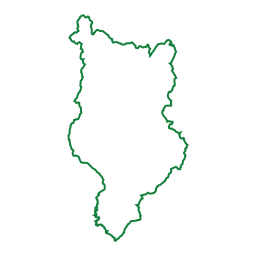 Bagua, Amazonas, Peru
{"feature_id": "86281439B42703841252030", "entity_name": "Bagua", "entity_type": "district", "adm_level": 2, "iso_a3": "PER", "parent_name": "Peru", "parent_adm1": "Amazonas", "projection": "orthographic", "projection_center": [-78.445, -5.117], "detail": "fine", "context": "isolated", "style": "outline", "palette": "green", "viewbox_px": 256, "rotation_deg": 0, "n_neighbors": 0, "source": "geoboundaries", "source_scale": "gbopen_adm2", "svg_char_len": 5695}
<svg xmlns="http://www.w3.org/2000/svg" viewBox="0 0 256 256"><path d="M178.5,169.3L180.2,169.1L180.2,167.9L181.3,165.7L181.3,164.9L182.5,163.9L183.1,160.6L184.3,159.2L185.5,155.2L184.1,153.5L184.0,152.7L185.6,150.4L185.2,148.6L186.7,147.7L186.8,146.3L187.5,144.9L186.5,144.1L184.8,141.8L184.0,139.9L184.1,138.7L183.3,138.0L182.9,138.4L181.8,138.7L180.1,137.7L179.5,135.6L179.8,133.5L180.3,132.7L178.6,133.4L177.9,132.5L175.9,131.7L174.9,130.3L173.0,129.4L171.9,128.5L171.1,128.8L170.3,128.7L169.1,128.0L168.9,127.7L168.9,126.9L169.8,124.4L171.7,124.2L172.5,123.0L172.7,122.1L171.8,121.5L170.9,121.7L168.6,121.2L167.3,121.6L167.4,120.7L166.6,120.0L165.6,118.0L164.1,116.7L162.4,113.7L162.2,112.5L162.6,110.7L163.5,110.5L163.8,108.1L164.7,107.3L165.3,106.0L167.0,105.6L169.4,105.6L170.7,105.9L171.3,105.1L170.9,103.2L171.3,101.0L169.9,99.7L168.6,98.0L168.2,97.2L167.8,95.3L168.7,92.3L169.4,91.8L169.8,92.1L170.3,92.1L171.1,91.6L171.3,90.9L172.3,90.0L172.6,88.4L173.4,86.2L174.1,86.0L174.6,85.5L174.8,84.6L174.4,80.9L174.6,79.1L175.3,78.2L176.2,77.9L175.2,75.8L171.9,70.5L173.1,69.1L172.4,67.9L172.5,66.6L171.9,66.1L171.5,65.0L169.8,63.4L171.4,62.6L171.9,60.9L173.9,57.3L173.9,56.5L174.6,55.5L174.8,54.2L176.1,51.6L175.4,50.5L174.6,47.7L173.8,46.3L173.7,45.6L173.0,46.0L172.5,45.9L172.4,44.7L172.1,44.3L171.4,44.5L170.8,45.2L169.9,45.1L169.6,44.8L169.5,44.1L169.8,43.6L171.1,42.8L171.1,41.6L169.8,40.8L169.6,40.3L168.7,40.0L168.1,40.0L166.9,40.5L166.5,40.8L166.3,41.5L164.0,44.0L161.8,43.5L160.8,43.6L158.0,44.4L157.4,45.0L157.2,45.6L156.6,46.0L155.5,47.6L154.4,49.7L152.4,52.4L151.8,52.9L151.4,54.1L150.1,55.8L149.9,54.0L148.9,52.7L149.2,50.7L150.2,48.6L148.7,47.3L148.5,45.1L148.2,44.9L147.6,44.7L146.0,47.1L145.1,46.8L143.2,47.5L141.2,46.7L140.4,46.1L139.8,46.1L139.0,46.5L137.8,48.3L135.9,47.8L135.6,47.4L135.5,45.8L132.1,42.4L130.2,43.2L126.4,43.3L125.1,44.3L122.5,44.6L121.2,44.2L120.7,43.4L119.6,43.5L117.6,42.3L115.8,42.0L113.1,42.6L112.7,42.4L112.5,41.0L111.8,40.0L112.1,39.1L111.4,39.0L109.1,37.2L108.2,35.1L107.5,34.9L102.8,31.1L99.5,30.9L98.9,30.3L97.0,29.9L95.2,31.6L95.0,32.2L93.9,32.8L93.8,34.0L93.2,34.3L92.4,34.2L91.8,33.7L91.6,32.0L91.8,29.8L91.4,27.8L90.7,26.6L91.0,26.1L91.2,24.3L92.1,23.6L92.1,21.7L90.2,20.5L89.7,19.7L89.0,17.3L88.5,16.8L87.9,16.5L86.8,17.4L85.2,17.3L84.0,15.6L83.2,15.4L81.8,15.6L80.0,17.1L79.6,18.5L77.8,20.5L77.4,21.6L77.3,22.5L78.0,24.3L77.6,25.2L78.1,25.7L78.4,26.8L77.2,28.3L77.8,29.9L78.5,30.5L78.5,31.0L77.4,31.3L77.1,32.1L76.3,32.6L75.0,32.3L74.0,32.8L73.6,33.7L72.7,34.0L71.3,35.1L70.0,36.7L69.4,37.9L70.8,39.1L71.3,40.5L71.9,41.0L72.9,41.6L74.0,41.4L74.4,42.4L76.3,43.7L77.1,44.0L78.3,42.6L79.3,42.2L81.8,44.0L81.0,46.2L81.1,47.8L80.7,48.7L81.3,49.2L82.2,49.3L82.9,51.7L82.7,52.2L81.8,52.4L81.4,52.9L80.7,55.1L80.5,58.3L81.3,59.3L83.5,59.2L83.0,60.7L83.0,62.5L84.4,64.2L84.9,64.4L83.4,67.0L81.9,68.7L81.0,70.7L81.3,71.6L81.2,72.4L81.9,73.5L82.1,75.8L82.9,76.9L82.3,77.8L81.9,79.6L80.7,80.9L80.4,85.2L80.5,86.3L81.2,86.7L81.3,87.0L80.5,89.9L79.6,92.0L78.9,92.4L77.5,95.6L77.2,97.5L75.5,99.1L75.4,99.8L74.9,100.1L74.4,101.0L74.5,101.2L75.2,101.3L75.5,102.1L76.6,103.0L77.7,102.6L78.9,102.6L79.3,102.9L79.1,104.6L79.9,106.6L80.9,107.9L81.0,109.2L80.8,110.8L81.2,111.6L81.3,113.0L81.1,113.4L80.1,114.0L79.3,116.9L78.2,119.1L77.2,119.3L76.5,119.1L75.7,119.7L74.1,120.0L74.1,120.8L73.4,122.9L72.3,123.1L71.3,123.9L71.1,125.2L70.4,125.8L70.4,127.9L69.7,129.6L69.8,131.5L69.4,134.1L68.5,135.4L68.8,139.6L69.5,139.8L69.5,141.8L70.1,143.0L70.0,144.7L70.6,145.5L71.7,149.3L72.3,149.5L73.4,150.4L72.6,153.3L73.4,155.6L74.7,155.9L75.4,155.5L75.9,155.6L77.0,155.8L78.8,156.9L80.0,160.4L81.1,162.3L82.5,162.7L86.9,162.9L87.9,163.4L92.6,168.1L95.3,169.7L97.5,172.5L99.6,173.6L99.8,174.7L101.7,176.6L102.8,178.8L103.5,179.6L102.9,181.5L102.7,182.9L103.0,183.6L104.2,184.4L104.5,184.9L104.8,187.8L104.5,189.4L99.2,192.7L98.2,194.0L99.1,194.8L97.1,196.9L96.4,197.2L96.2,197.7L96.7,199.1L97.4,199.7L97.2,200.1L97.6,200.7L97.8,201.5L97.4,203.5L97.8,203.8L96.9,205.0L96.7,205.8L97.2,206.8L95.5,207.5L95.3,208.2L97.0,209.0L97.3,209.5L97.2,210.0L96.2,210.8L95.9,210.1L95.4,210.0L95.1,210.3L95.0,211.3L95.8,211.2L96.0,211.6L95.3,212.3L95.6,213.2L95.0,214.1L95.3,214.4L95.7,214.0L96.4,214.1L96.5,214.4L95.8,214.5L95.4,215.1L94.7,215.3L95.9,215.8L95.4,216.7L95.7,217.2L96.9,217.1L97.9,217.6L98.5,217.3L98.5,218.1L99.1,217.9L99.3,218.3L98.1,220.1L96.9,220.2L96.8,221.1L95.3,221.3L96.7,223.3L96.4,223.8L95.9,224.1L95.9,224.9L97.7,225.8L98.0,225.0L98.5,224.7L99.2,225.0L100.9,224.4L102.2,225.1L102.3,225.3L102.0,225.6L102.2,226.1L103.1,226.3L104.2,227.1L104.4,227.5L104.3,228.2L105.4,229.1L105.9,230.3L105.9,231.0L107.3,231.1L106.0,232.4L106.3,233.1L107.0,233.4L107.5,233.2L108.8,233.8L111.9,235.7L112.7,236.6L112.6,237.0L114.6,237.8L114.5,239.5L115.1,240.3L115.0,240.6L116.0,240.6L116.9,239.2L118.3,238.7L119.6,236.9L120.9,236.2L121.4,235.5L122.2,235.0L123.0,233.3L124.1,232.7L124.1,231.9L124.6,229.5L127.4,225.3L127.8,224.3L129.1,223.7L130.9,221.2L136.5,220.6L137.6,220.0L138.9,220.0L140.5,219.3L140.2,216.7L140.8,215.7L139.9,214.6L139.8,212.9L138.5,210.2L139.0,207.2L138.2,206.8L137.9,206.1L136.6,205.0L138.3,204.7L138.8,204.2L139.4,202.4L140.9,199.5L141.3,199.0L142.5,198.6L142.7,198.2L141.6,196.0L141.1,195.5L143.8,194.7L145.4,194.5L147.9,192.7L149.2,193.5L151.7,193.5L154.4,192.7L155.9,190.7L155.8,189.8L156.3,187.8L157.3,187.0L157.3,186.3L157.9,186.2L158.4,185.5L160.4,184.8L161.7,183.5L162.6,183.2L163.9,181.5L165.1,181.1L165.2,180.2L166.0,179.3L166.4,178.1L168.1,177.4L168.8,174.4L169.4,173.9L169.4,173.4L170.2,173.2L170.9,172.4L171.3,171.2L171.0,169.6L171.1,168.9L175.8,166.9L176.6,167.2L178.0,169.0L178.5,169.3Z" fill="none" stroke="#15803d" stroke-width="2"/></svg>